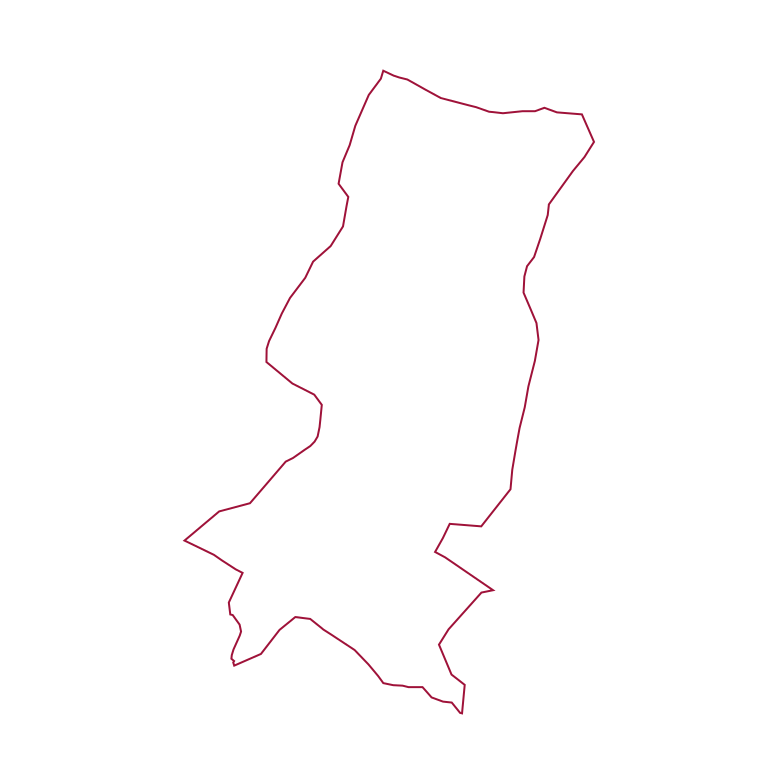 the district of Guyuk, Gombe, Nigeria, rotated 14°
{"feature_id": "59680162B83966420631158", "entity_name": "Guyuk", "entity_type": "district", "adm_level": 2, "iso_a3": "NGA", "parent_name": "Nigeria", "parent_adm1": "Gombe", "projection": "natural_earth1", "projection_center": [11.903, 9.837], "detail": "fine", "context": "isolated", "style": "outline", "palette": "rose", "viewbox_px": 768, "rotation_deg": 14, "n_neighbors": 0, "source": "geoboundaries", "source_scale": "gbopen_adm2", "svg_char_len": 1668}
<svg xmlns="http://www.w3.org/2000/svg" viewBox="0 0 768 768"><g transform="rotate(14 384 384)"><path d="M393.7,640.0L399.9,642.2L419.8,649.2L436.7,659.8L448.9,668.7L455.7,674.4L465.8,674.0L475.0,672.2L481.1,672.2L494.7,668.8L506.0,676.6L518.1,677.9L526.8,676.7L537.4,684.7L539.4,684.7L535.1,656.4L519.8,649.6L500.4,623.6L506.0,606.4L529.0,562.8L539.7,557.7L485.2,537.4L474.2,534.6L478.4,519.3L481.6,503.8L512.8,498.6L532.2,455.5L529.2,436.1L527.7,416.7L527.0,406.7L526.2,393.8L526.2,389.8L526.2,372.6L524.7,351.5L524.7,348.6L524.8,325.1L523.3,303.9L517.2,288.0L508.0,275.7L497.3,261.6L495.5,252.4L494.2,245.7L494.3,235.1L498.9,224.5L500.5,205.2L502.0,180.5L500.6,170.2L500.5,169.9L515.8,131.6L523.6,115.3L529.2,98.3L513.5,78.0L510.8,74.5L486.1,78.6L472.8,77.2L464.5,82.8L452.1,85.9L433.9,92.5L424.0,93.8L420.1,94.4L406.4,93.1L398.9,93.1L389.7,93.0L370.0,92.8L353.1,88.4L333.0,82.9L324.6,82.9L319.7,82.5L319.0,82.5L307.5,80.2L307.1,88.5L299.3,107.2L293.7,140.4L292.9,160.6L290.1,178.9L291.5,200.7L304.1,211.1L304.6,220.3L306.1,241.0L298.9,263.0L285.6,282.4L281.9,300.0L272.0,323.2L267.8,340.3L265.1,355.8L262.1,370.1L261.6,378.2L264.6,391.1L295.0,405.7L318.9,411.2L328.7,419.3L328.9,420.7L330.9,434.3L331.9,441.4L332.3,451.0L330.6,456.7L327.5,462.0L322.8,467.2L313.6,477.8L307.4,483.1L292.8,512.2L282.8,532.1L254.9,547.5L228.3,584.2L260.3,590.9L269.5,594.4L284.9,599.7L292.5,601.5L286.3,633.6L290.6,644.8L293.1,644.8L302.1,652.4L305.2,658.8L304.9,663.0L302.2,678.0L301.9,683.9L302.4,687.5L305.6,689.1L305.1,690.7L306.8,693.5L329.9,675.7L342.1,647.9L354.3,631.6L369.2,629.8L382.5,635.9L384.5,636.9L393.7,640.0Z" fill="none" stroke="#9f1239" stroke-width="2"/></g></svg>